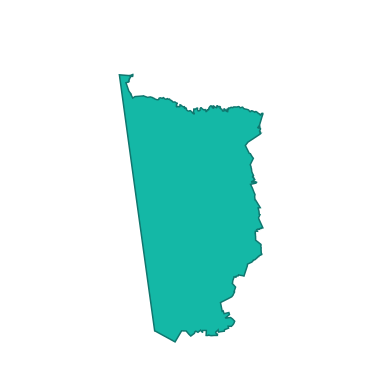 outline of Cintalapa, Chiapas, Mexico, rotated 331°
{"feature_id": "50627088B82563437390549", "entity_name": "Cintalapa", "entity_type": "district", "adm_level": 2, "iso_a3": "MEX", "parent_name": "Mexico", "parent_adm1": "Chiapas", "projection": "albers", "projection_center": [-93.728, 16.752], "detail": "fine", "context": "isolated", "style": "filled", "palette": "teal", "viewbox_px": 384, "rotation_deg": 331, "n_neighbors": 0, "source": "geoboundaries", "source_scale": "gbopen_adm2", "svg_char_len": 5973}
<svg xmlns="http://www.w3.org/2000/svg" viewBox="0 0 384 384"><g transform="rotate(331 192 192)"><path d="M185.3,54.3L141.8,166.5L92.0,295.4L92.1,295.6L92.3,295.6L104.5,314.9L115.6,308.4L119.5,310.7L119.6,311.2L120.3,314.8L121.1,317.4L125.4,316.8L126.3,316.3L126.7,315.7L127.9,315.6L128.0,315.8L129.2,317.6L132.6,317.0L132.6,317.8L132.8,318.6L133.0,319.1L133.1,320.2L133.7,318.8L134.3,318.3L134.9,318.7L135.8,319.1L137.4,320.1L134.8,324.3L135.4,324.7L136.4,325.2L136.9,325.3L137.2,325.2L138.0,326.0L138.2,326.3L139.6,327.2L141.8,328.2L144.6,329.7L144.7,329.3L145.3,328.9L145.4,328.7L144.6,327.7L144.7,326.2L145.0,326.0L145.9,325.7L147.2,325.6L147.9,325.3L147.2,327.3L147.4,327.5L148.9,327.9L152.8,329.4L153.7,328.2L158.0,328.8L158.5,326.9L161.3,328.6L163.6,327.9L164.9,327.2L166.7,325.7L165.9,322.7L164.9,320.5L160.5,318.7L160.4,318.3L165.4,317.3L165.8,315.3L161.1,314.0L161.6,311.0L160.6,311.0L163.3,302.5L175.9,302.9L177.9,302.1L178.0,301.9L180.7,300.1L180.4,299.6L184.0,296.3L182.9,291.5L183.6,290.9L184.1,290.2L184.4,289.6L187.0,287.3L187.6,286.6L189.0,287.7L189.2,287.1L190.5,287.3L191.8,287.7L192.5,287.0L193.9,288.3L195.6,289.6L196.7,290.7L204.5,283.5L205.6,282.0L210.4,282.3L212.1,281.7L212.5,281.7L212.9,281.6L212.9,281.4L214.5,281.7L216.4,281.2L216.8,281.2L218.5,280.6L219.0,280.9L219.5,280.5L219.9,280.3L221.0,280.4L221.8,280.4L222.6,280.5L222.6,280.3L222.9,280.0L222.7,279.8L223.4,278.1L224.6,275.6L225.5,274.2L225.9,272.6L226.3,272.4L226.9,271.3L224.3,265.0L226.2,261.4L226.7,260.0L227.1,259.6L227.2,258.6L227.5,258.6L228.3,257.1L229.2,257.4L230.1,258.0L230.1,257.5L230.2,257.3L230.2,257.0L230.4,256.6L230.4,256.3L230.8,256.4L231.3,256.3L231.8,256.5L232.1,257.0L232.4,256.8L233.1,257.4L233.5,256.9L235.2,257.1L235.3,257.5L235.6,257.4L236.6,257.7L237.4,247.8L237.8,246.7L240.5,244.8L240.0,244.1L241.2,241.4L242.1,238.0L244.1,238.8L243.7,230.1L243.7,229.8L243.3,229.5L244.5,226.5L245.9,224.7L246.0,222.8L246.7,217.9L246.9,213.7L252.2,215.2L253.0,215.0L253.2,214.8L252.8,214.2L252.3,213.7L249.1,212.5L249.2,211.9L251.8,211.9L252.9,211.7L252.9,211.1L252.4,211.1L252.4,210.2L252.8,210.1L253.0,208.5L252.3,208.5L252.2,208.3L252.5,207.8L252.8,207.5L253.5,207.3L253.8,207.3L253.9,204.9L254.2,203.0L255.2,200.7L255.6,199.0L255.9,198.4L256.0,197.0L256.2,196.8L256.2,196.3L262.0,192.3L261.7,190.4L261.6,186.8L260.8,185.8L261.2,177.2L265.1,175.5L279.3,174.4L279.6,174.2L280.1,174.3L280.3,174.2L279.8,174.1L279.9,173.9L280.1,173.5L280.2,173.4L280.3,173.1L280.5,173.2L280.4,173.1L280.9,172.5L280.6,172.2L280.6,171.4L281.2,171.0L282.0,170.6L282.6,169.8L282.7,169.5L282.2,169.3L282.4,168.4L282.7,168.0L282.0,168.1L281.6,168.3L281.3,168.3L281.0,168.2L280.8,167.6L283.3,166.4L289.5,160.3L291.9,158.1L292.0,157.6L291.7,157.5L291.6,157.2L291.4,157.1L290.7,157.2L290.4,157.5L289.9,157.6L289.4,157.9L289.7,158.5L288.8,157.2L289.0,156.6L288.2,155.6L288.0,155.4L287.9,155.0L288.0,154.4L287.3,153.4L287.0,152.7L286.4,152.4L286.1,152.6L285.5,152.6L285.1,151.7L283.8,150.0L283.0,149.7L282.5,150.0L282.2,150.1L281.7,149.8L281.5,149.5L281.5,149.0L281.3,148.5L281.3,147.8L281.0,147.3L279.6,145.9L279.3,145.8L277.8,144.2L277.5,143.1L277.5,142.6L277.2,142.2L276.6,142.1L275.0,141.7L274.8,141.4L274.6,140.4L274.3,140.0L273.7,139.7L273.0,139.6L272.4,139.4L269.7,137.8L269.3,137.9L268.9,137.8L268.6,138.0L268.0,137.7L267.7,137.2L267.4,137.0L266.9,136.8L266.5,137.0L266.1,136.9L264.7,136.3L264.2,137.1L263.9,137.4L263.7,137.5L263.5,136.9L263.1,136.5L262.4,136.9L262.3,137.5L262.4,137.9L262.4,138.6L262.2,139.0L261.9,138.9L261.4,138.3L261.0,137.5L260.9,135.9L260.7,135.1L260.4,134.9L260.0,135.0L259.9,135.2L259.6,136.3L259.2,136.6L258.1,136.0L258.0,135.8L258.2,134.8L258.2,134.1L257.9,133.6L257.4,133.0L257.2,132.5L257.3,132.3L257.7,132.0L258.0,131.5L257.9,130.9L257.6,130.6L257.2,130.6L256.4,130.2L256.3,129.9L256.2,129.2L255.9,128.8L255.7,128.7L255.5,128.9L254.5,130.2L254.3,130.2L253.8,129.5L253.4,129.1L253.0,128.0L252.4,127.0L252.2,126.9L251.9,127.2L251.9,128.6L251.5,129.1L251.2,128.9L250.8,128.3L250.8,127.5L250.5,125.9L250.3,125.8L249.8,125.8L249.3,125.9L247.9,126.5L247.1,127.2L246.7,127.9L246.4,128.1L246.1,128.1L245.3,127.4L245.0,127.6L244.3,128.4L243.8,128.6L243.3,128.5L243.3,128.1L243.5,127.3L243.5,126.3L243.3,126.2L242.8,126.2L242.4,126.1L242.3,125.9L241.4,124.6L240.9,122.8L240.6,122.6L240.4,122.6L239.6,123.0L239.1,123.7L238.9,124.1L238.6,124.5L238.2,124.5L237.2,124.3L236.9,124.2L236.6,123.8L236.8,122.4L237.0,121.9L237.4,121.6L237.5,121.3L237.4,121.2L236.9,121.0L236.2,121.0L234.9,121.2L234.6,121.1L234.2,120.4L233.8,120.3L233.4,120.9L233.1,121.6L232.6,122.0L232.0,123.0L232.0,123.6L232.0,124.5L231.8,124.7L231.5,124.6L230.8,123.2L230.7,122.3L230.2,120.6L230.0,120.1L229.4,119.8L228.5,119.8L227.8,119.2L227.6,118.8L227.0,117.5L227.2,116.8L227.5,116.4L227.5,115.7L227.3,115.3L227.1,115.2L226.7,115.3L226.2,115.2L226.2,114.8L226.7,113.8L226.6,113.6L225.9,113.5L225.6,113.1L224.7,111.6L224.4,110.5L223.9,110.0L223.8,109.9L223.5,110.2L223.2,110.9L223.0,111.2L222.8,111.4L222.4,111.4L221.8,111.1L221.1,110.2L220.4,110.3L220.0,110.2L219.9,110.0L219.8,109.7L220.7,108.2L221.0,107.8L221.9,107.6L222.1,107.2L221.9,107.0L221.6,106.8L220.8,105.1L220.4,104.8L219.6,104.5L218.9,103.8L218.7,103.4L218.6,102.4L218.5,102.1L217.9,101.6L217.6,101.1L217.4,99.9L217.1,99.6L216.6,99.6L216.1,99.4L216.0,98.8L215.8,98.4L215.2,98.3L214.3,98.4L213.9,98.1L213.1,96.8L212.9,95.7L212.6,95.5L212.3,95.5L211.6,95.8L211.4,95.7L211.0,95.4L210.3,94.5L209.4,94.1L208.9,94.0L208.5,94.1L208.0,94.8L207.7,94.9L207.0,94.8L206.4,94.5L205.3,93.5L204.2,91.9L204.2,91.6L203.4,90.7L203.3,90.3L203.0,90.0L201.6,88.6L199.2,87.8L198.9,87.6L196.0,84.2L195.6,84.2L188.4,80.9L185.7,81.1L185.8,78.7L185.8,76.8L186.2,76.8L185.7,73.2L187.2,64.4L189.9,65.1L190.3,64.9L190.1,64.7L190.1,64.4L190.4,64.2L190.7,63.9L191.2,63.8L191.5,63.4L191.7,62.8L192.1,62.9L192.8,62.3L193.8,61.8L193.9,61.2L194.7,61.3L196.1,62.1L197.1,60.9L197.2,60.5L194.7,60.2L193.0,59.4L185.3,54.3Z" fill="#14b8a6" stroke="#0f766e" stroke-width="1.5"/></g></svg>